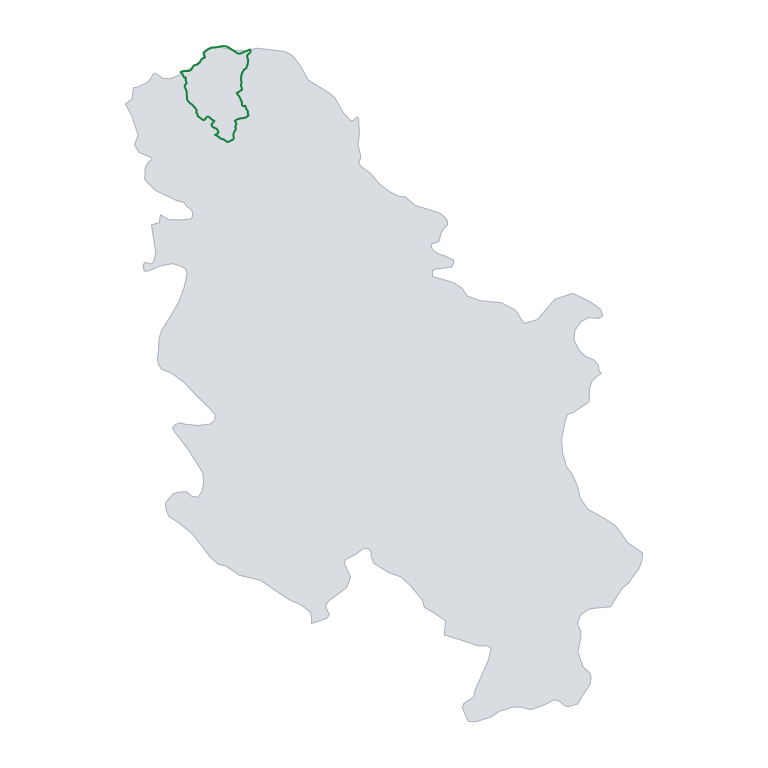 Severno-Backi on a map of Republic of Serbia (Albers equal-area conic projection)
{"feature_id": "SRB-274", "entity_name": "Severno-Backi", "entity_type": "District", "adm_level": 1, "iso_a3": "SRB", "parent_name": "Republic of Serbia", "parent_adm1": "", "projection": "albers", "projection_center": [19.626, 45.896], "detail": "fine", "context": "in_parent", "style": "outline", "palette": "green", "viewbox_px": 768, "rotation_deg": 0, "n_neighbors": 0, "source": "natural_earth", "source_scale": "10m", "svg_char_len": 7226}
<svg xmlns="http://www.w3.org/2000/svg" viewBox="0 0 768 768"><path d="M432.7,276.6L452.8,282.4L462.0,288.2L467.0,295.8L479.9,300.7L500.8,302.6L515.5,310.2L524.0,323.4L537.2,319.7L554.9,299.2L572.8,293.3L590.9,302.2L600.9,309.7L602.8,315.8L598.7,318.4L588.8,317.6L580.8,321.7L574.7,330.7L574.1,340.1L578.9,349.9L585.5,356.5L593.8,359.9L598.4,365.0L599.2,371.5L601.4,373.3L596.8,376.5L592.0,381.2L589.4,389.1L589.1,401.8L573.5,412.3L567.6,414.3L565.1,421.0L561.6,439.6L562.6,453.6L565.0,460.6L566.2,466.3L571.6,473.3L576.7,484.0L580.4,498.3L587.7,509.1L606.0,519.4L615.1,525.4L622.0,534.4L627.4,542.5L642.6,553.0L641.8,561.0L638.9,568.9L635.7,572.7L628.7,582.9L621.7,588.8L610.5,606.8L591.8,608.5L587.4,610.1L580.5,615.1L577.3,624.0L580.9,630.9L580.8,638.1L577.9,652.1L583.0,666.7L589.9,673.2L591.1,677.1L590.2,684.1L580.7,698.6L577.9,703.9L568.0,706.8L564.6,705.6L559.2,700.9L554.4,699.6L542.7,705.7L530.7,709.6L521.1,707.2L511.7,707.2L505.2,709.7L500.3,710.7L490.8,717.1L475.4,721.9L468.3,721.2L465.5,715.5L462.4,707.4L463.7,703.6L473.7,696.9L474.8,690.7L488.2,660.6L490.7,650.9L490.7,647.7L487.0,645.7L479.2,646.0L444.3,634.8L445.6,620.9L435.3,613.7L424.3,607.3L422.3,599.9L409.9,585.1L400.9,576.9L389.5,572.9L379.7,566.9L373.8,563.2L371.1,556.3L371.1,552.1L368.1,548.2L363.4,548.7L355.6,554.4L345.9,559.3L344.2,562.8L347.8,571.0L350.4,576.3L349.3,581.3L346.3,587.7L327.6,601.9L325.6,606.8L329.3,614.6L327.0,618.3L311.3,623.6L311.7,619.3L310.6,612.4L301.5,605.2L288.7,599.5L260.3,580.2L249.4,577.6L239.7,575.4L225.8,566.0L218.7,564.4L210.7,557.7L193.5,535.1L178.9,522.8L169.0,516.5L166.2,510.5L165.6,504.2L166.0,502.1L173.6,493.4L179.4,492.1L186.8,491.8L191.7,496.3L198.2,497.3L201.8,491.6L203.7,483.3L202.9,472.9L187.4,448.4L174.2,431.4L172.7,427.6L175.6,424.4L180.2,422.8L185.2,424.2L198.1,425.5L210.6,423.9L214.9,419.8L214.9,414.2L210.3,409.0L195.8,395.0L184.5,382.6L171.3,373.1L161.5,369.3L158.6,364.4L157.4,359.3L158.5,349.9L159.2,337.9L161.6,330.4L170.5,316.3L179.1,301.2L184.3,286.8L187.1,273.3L186.1,269.4L181.8,266.6L172.5,263.6L159.6,266.1L148.6,270.9L144.3,271.2L142.9,265.2L144.7,262.6L148.1,262.9L150.9,264.1L153.9,261.4L155.8,253.2L151.5,225.0L159.6,222.5L159.8,218.4L160.6,214.8L168.9,219.8L180.8,219.9L191.1,219.0L192.7,216.2L192.6,212.2L190.5,209.0L186.8,206.5L184.1,202.5L177.2,200.8L155.4,190.5L144.7,179.6L145.2,168.1L148.3,161.9L152.1,159.7L151.0,157.6L138.8,152.2L134.5,144.7L138.1,135.3L131.9,116.0L125.4,104.0L132.0,99.0L132.9,91.7L133.5,87.5L136.2,87.6L146.8,82.8L150.7,78.9L152.9,74.2L155.5,73.1L162.5,78.2L170.0,78.7L178.4,75.5L184.6,71.1L192.2,67.5L195.6,65.0L199.9,61.0L208.7,49.3L218.6,46.9L231.9,49.9L246.3,50.9L257.0,48.2L284.2,51.4L290.1,54.1L293.9,57.1L301.1,67.0L308.1,80.0L317.7,85.9L329.1,92.9L335.0,98.0L343.9,113.5L350.8,121.0L353.0,120.6L355.3,118.6L356.8,117.0L358.7,118.4L358.8,123.1L359.4,133.5L357.9,144.7L360.5,155.2L360.6,158.5L359.0,161.5L359.2,164.2L361.7,167.0L371.1,173.9L379.9,184.5L390.0,191.9L399.3,196.5L405.1,196.8L414.9,205.3L433.9,211.1L440.0,213.2L444.2,216.6L447.3,220.7L447.6,225.1L444.7,227.4L440.8,233.4L439.3,240.8L436.3,242.7L433.3,242.9L431.1,245.1L431.7,248.2L434.3,251.2L438.3,253.8L445.9,256.3L453.5,260.2L453.5,263.3L452.0,266.8L442.5,268.3L435.5,269.0L432.3,270.5L432.7,276.6Z" fill="#d9dde1" stroke="#a8b0b8" stroke-width="1"/><path d="M230.4,48.7L237.7,53.4L239.8,53.8L249.8,49.6L249.9,49.8L250.1,50.0L250.4,50.5L250.5,50.8L250.6,51.1L250.5,51.5L250.3,52.4L249.9,52.9L249.2,53.5L248.1,54.4L247.8,54.7L247.5,55.0L247.2,55.4L247.1,55.8L247.1,56.2L247.2,56.6L247.5,58.3L247.7,58.7L248.1,59.7L248.1,60.1L248.1,60.4L247.9,61.2L247.9,61.5L247.9,62.8L247.9,63.8L247.7,64.2L247.0,65.7L246.8,66.2L246.7,67.2L246.5,67.6L246.3,68.1L246.0,68.4L245.7,68.6L244.6,69.2L244.3,69.5L244.0,69.9L243.5,70.5L243.2,71.1L242.9,71.8L242.7,72.2L242.0,73.1L241.9,73.3L241.8,74.4L241.3,75.4L241.3,75.7L241.3,76.6L241.3,77.0L240.9,77.9L240.9,78.3L241.2,80.3L241.4,81.4L241.5,82.2L241.5,82.6L241.4,83.0L241.0,84.5L241.0,85.0L241.1,86.2L241.3,86.7L241.5,87.2L241.8,88.4L241.9,89.0L242.0,89.4L241.9,89.7L241.8,89.9L241.7,90.0L241.4,90.2L240.7,90.4L240.4,90.7L239.7,91.3L239.2,91.6L238.4,92.1L237.7,92.5L236.8,93.0L239.3,96.7L240.1,98.0L240.3,98.4L240.6,99.5L240.7,99.9L240.9,100.3L241.7,101.4L241.9,101.8L241.9,102.1L241.8,103.4L241.9,104.2L241.9,104.6L242.0,104.9L242.2,105.4L242.4,105.6L242.7,105.9L242.9,106.0L243.2,106.0L243.9,106.0L245.2,105.8L246.5,109.3L247.0,110.1L247.7,111.0L247.8,111.2L247.9,111.5L247.9,111.9L247.8,112.8L247.8,113.2L247.9,113.7L248.3,114.8L248.4,115.4L248.2,115.6L247.8,115.9L246.7,117.0L246.3,117.2L244.9,117.6L243.9,118.1L243.5,118.2L242.6,118.2L240.8,118.3L240.4,118.3L239.9,118.4L239.0,118.9L237.8,119.2L237.2,119.4L235.0,120.8L235.6,122.3L236.1,123.3L236.2,123.8L236.2,124.4L236.1,124.9L235.7,125.8L235.3,126.5L235.2,126.8L235.2,127.1L235.3,127.4L235.6,127.6L235.9,128.0L235.8,129.1L235.6,129.5L235.5,130.0L234.8,131.0L234.3,131.7L233.9,132.6L233.5,133.9L233.5,134.4L233.4,134.8L233.5,135.8L233.6,136.8L233.7,137.3L233.8,137.7L233.8,138.1L233.8,138.5L233.7,138.7L233.5,139.0L233.3,139.2L232.9,139.5L232.1,140.0L231.2,140.4L230.9,140.6L230.2,141.1L229.9,141.2L229.6,141.4L228.9,141.6L227.1,142.0L226.2,141.2L224.4,139.9L224.0,139.7L223.5,139.4L223.1,139.3L222.2,139.0L221.1,138.6L220.6,138.4L220.1,138.1L219.7,137.8L218.6,136.8L218.0,136.4L217.0,135.8L215.3,134.9L216.9,133.8L218.0,133.2L218.3,132.9L218.4,132.5L218.4,132.1L218.4,131.7L218.3,131.4L217.6,130.4L217.2,129.5L216.9,129.0L216.4,128.6L215.9,128.4L214.5,127.9L213.8,127.6L212.5,126.6L212.2,126.3L212.0,125.9L211.8,125.6L211.6,125.0L211.6,124.7L211.6,124.4L211.8,124.0L212.1,123.6L212.4,123.2L213.8,121.7L214.3,121.0L213.8,120.6L213.0,120.1L211.9,119.6L211.4,119.3L210.0,117.8L209.3,117.2L209.0,117.0L208.7,116.8L208.4,116.7L208.0,116.7L207.6,116.7L207.3,116.8L207.1,116.9L206.7,117.2L206.4,117.5L205.9,118.0L205.2,119.0L205.0,119.3L204.4,119.8L204.1,120.0L203.8,120.1L203.5,120.1L203.3,120.1L202.8,119.8L202.6,119.7L201.9,119.1L200.7,118.3L199.7,117.5L198.0,116.2L197.7,116.0L197.5,115.6L197.5,115.3L197.5,114.4L197.4,114.1L197.2,113.8L197.0,113.5L196.4,112.7L196.2,112.2L196.2,111.9L196.7,110.7L196.7,110.3L196.5,109.9L196.2,109.5L195.5,108.5L195.2,108.1L195.2,107.9L194.0,106.7L193.6,106.3L192.8,105.3L192.3,104.7L191.7,104.3L190.3,103.5L189.8,103.1L188.8,101.9L188.0,100.8L187.5,100.1L187.2,99.7L187.0,99.3L186.9,99.0L186.9,98.6L187.1,97.7L187.0,97.3L187.0,96.9L186.8,96.2L186.7,95.8L186.8,94.5L186.7,92.8L186.7,91.8L186.5,91.1L186.0,90.0L185.7,88.8L185.0,87.7L184.8,87.4L184.7,87.0L184.7,86.6L184.7,86.2L184.7,85.8L184.9,85.3L185.2,84.8L185.5,84.5L185.9,84.1L186.2,83.8L186.4,83.5L186.5,83.3L186.5,83.1L186.5,82.8L186.5,82.7L185.7,80.3L185.6,79.9L185.6,79.5L185.9,78.3L185.9,78.1L185.9,77.9L185.7,77.7L185.3,77.5L184.4,77.4L184.2,77.3L183.9,77.1L183.1,75.7L182.9,75.3L182.6,74.3L182.4,74.0L182.2,73.7L181.4,73.0L181.1,72.6L180.8,72.2L181.8,71.4L184.0,71.0L188.5,71.0L190.5,70.3L191.7,68.9L192.6,67.2L193.6,65.7L195.1,65.0L196.4,64.8L197.4,64.4L199.5,62.7L200.3,61.5L200.9,60.2L201.8,59.1L204.9,57.3L204.6,55.9L203.7,54.3L203.5,52.9L205.3,51.0L208.1,49.1L211.0,47.8L213.2,47.4L215.8,47.4L222.7,46.1L225.3,46.2L227.8,47.0L230.4,48.7Z" fill="none" stroke="#15803d" stroke-width="2"/></svg>